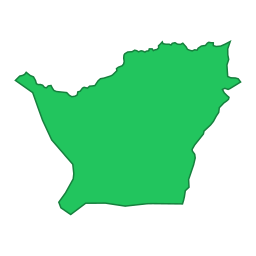 Fronteiras, Piauí, Brazil (orthographic projection)
{"feature_id": "56859067B86555367921945", "entity_name": "Fronteiras", "entity_type": "district", "adm_level": 2, "iso_a3": "BRA", "parent_name": "Brazil", "parent_adm1": "Piauí", "projection": "orthographic", "projection_center": [-40.578, -7.082], "detail": "fine", "context": "isolated", "style": "filled", "palette": "green", "viewbox_px": 256, "rotation_deg": 0, "n_neighbors": 0, "source": "geoboundaries", "source_scale": "gbopen_adm2", "svg_char_len": 1862}
<svg xmlns="http://www.w3.org/2000/svg" viewBox="0 0 256 256"><path d="M68.6,213.1L70.7,214.5L85.7,203.2L87.6,203.2L105.3,203.1L125.2,206.1L127.8,205.8L147.2,203.7L152.6,203.6L182.5,203.9L183.6,200.2L184.4,196.7L185.3,190.7L189.0,187.2L188.6,179.5L193.6,164.8L195.2,158.0L194.7,154.3L192.4,151.1L192.1,149.4L194.7,144.9L203.4,134.0L204.0,131.1L210.6,124.9L213.4,121.4L216.2,116.2L218.7,112.4L219.3,107.7L223.8,103.0L226.6,101.0L228.5,99.3L229.0,97.3L227.2,95.8L226.0,94.6L224.2,92.8L222.4,89.4L224.8,88.3L228.1,89.4L229.9,88.6L237.1,84.2L240.6,82.0L238.2,78.8L235.5,78.0L230.8,77.8L227.7,76.5L226.9,65.0L228.7,59.4L227.8,54.9L227.7,48.9L230.2,41.5L225.0,44.2L220.7,46.1L216.1,46.5L213.3,45.6L213.3,42.8L211.0,42.7L208.8,42.3L207.4,43.1L205.4,45.5L203.5,45.7L201.3,46.1L198.2,48.2L197.0,50.2L194.7,49.8L192.2,50.9L189.8,50.3L187.4,49.3L186.2,47.0L182.8,43.2L180.6,44.4L177.5,44.2L175.0,42.7L172.3,43.3L171.0,45.0L169.2,44.2L165.8,44.2L163.0,43.7L162.3,41.9L160.2,44.2L158.5,45.8L158.7,47.9L156.9,49.5L155.1,49.8L153.3,50.6L152.2,48.9L149.3,48.9L148.7,50.8L146.3,51.2L144.9,52.1L142.7,51.1L141.1,50.8L138.5,51.8L136.7,50.7L134.7,50.2L132.1,51.7L127.7,52.0L124.9,53.7L124.0,55.1L123.7,58.2L124.2,61.5L123.6,64.0L122.1,65.8L118.4,67.2L116.5,68.6L116.9,70.7L114.4,73.2L112.4,75.1L110.6,76.0L104.0,78.1L100.5,78.7L98.1,80.8L94.9,85.6L92.9,85.9L89.6,86.2L87.5,88.1L84.1,87.3L82.5,88.1L80.2,91.2L77.8,91.9L77.3,94.8L75.2,96.2L71.8,96.7L69.4,95.4L66.7,92.6L56.3,91.5L53.8,90.4L52.1,87.7L51.0,85.5L48.3,85.9L46.4,87.8L44.5,87.4L42.6,85.2L40.3,84.5L38.2,84.6L36.4,83.7L35.5,80.5L33.5,76.9L30.0,75.4L26.2,72.3L24.6,74.4L22.6,75.4L19.7,76.1L15.4,80.4L32.7,92.6L35.7,101.0L37.8,107.0L42.6,120.3L51.7,139.9L63.8,153.9L65.2,155.6L68.2,159.0L72.8,164.3L73.8,173.7L73.2,179.0L65.5,192.9L58.8,202.2L60.9,207.8L68.6,213.1Z" fill="#22c55e" stroke="#15803d" stroke-width="1.5"/></svg>